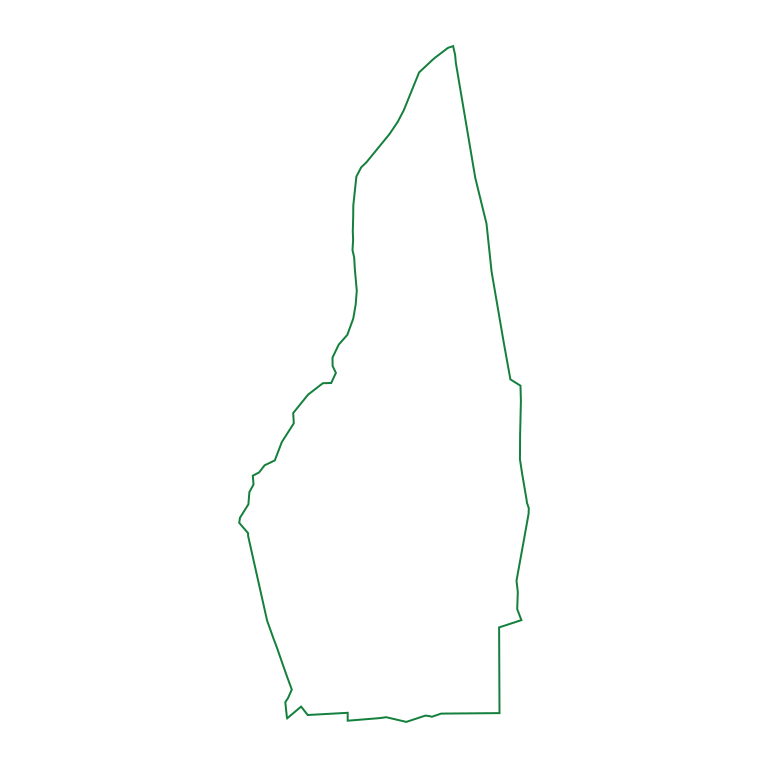 Dededo, Guam (Albers equal-area conic projection)
{"feature_id": "77769853B76375240183470", "entity_name": "Dededo", "entity_type": "district", "adm_level": 2, "iso_a3": "GUM", "parent_name": "Guam", "parent_adm1": "", "projection": "albers", "projection_center": [144.841, 13.576], "detail": "fine", "context": "isolated", "style": "outline", "palette": "green", "viewbox_px": 768, "rotation_deg": 0, "n_neighbors": 0, "source": "geoboundaries", "source_scale": "gbopen_adm2", "svg_char_len": 1271}
<svg xmlns="http://www.w3.org/2000/svg" viewBox="0 0 768 768"><path d="M347.7,720.7L379.7,718.1L386.2,717.2L406.3,721.9L425.4,715.6L429.9,716.2L431.8,716.8L441.1,713.6L499.5,713.1L499.1,627.4L521.4,620.1L517.2,609.1L517.8,592.0L516.5,580.7L523.8,540.5L528.6,513.7L528.8,508.2L526.9,502.6L526.7,500.5L522.1,473.5L519.9,458.9L520.0,454.6L520.1,435.4L520.9,401.2L520.5,385.7L510.4,379.4L503.6,341.7L491.6,271.8L486.5,223.7L475.3,178.0L455.8,62.6L455.1,54.8L453.1,46.1L447.9,47.9L434.5,58.1L433.5,59.1L432.8,59.6L419.1,72.4L403.8,110.2L397.7,121.9L389.4,134.2L366.5,162.2L361.2,167.3L356.4,176.5L353.3,205.4L353.2,216.5L352.8,231.2L353.1,240.0L352.5,250.2L354.2,257.6L354.8,268.7L356.6,288.8L356.8,290.3L355.7,304.4L353.3,318.4L347.3,334.9L338.8,344.5L332.5,357.6L332.6,366.0L335.9,372.9L331.2,383.0L322.9,383.2L308.2,394.5L301.3,403.0L293.2,413.0L293.8,423.3L283.9,438.8L281.8,442.1L274.8,460.4L264.6,465.3L259.1,472.4L252.8,475.7L253.3,481.7L253.5,484.5L250.1,490.8L249.4,492.0L248.4,504.3L240.0,517.7L239.2,522.8L248.1,533.2L248.1,535.9L267.1,620.6L273.3,638.0L277.7,649.7L277.8,650.2L285.2,671.4L285.3,671.8L291.8,689.6L288.0,698.1L285.3,702.2L286.9,717.3L287.2,718.3L301.1,706.6L307.7,715.0L347.7,712.8L347.7,720.7Z" fill="none" stroke="#15803d" stroke-width="2"/></svg>